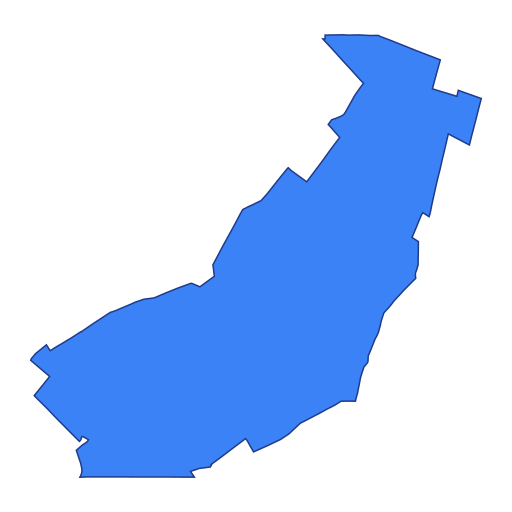 outline of Capleni, Satu Mare, Romania
{"feature_id": "2599482B91947019128255", "entity_name": "Capleni", "entity_type": "district", "adm_level": 2, "iso_a3": "ROU", "parent_name": "Romania", "parent_adm1": "Satu Mare", "projection": "mercator", "projection_center": [22.539, 47.735], "detail": "fine", "context": "isolated", "style": "filled", "palette": "blue", "viewbox_px": 512, "rotation_deg": 0, "n_neighbors": 0, "source": "geoboundaries", "source_scale": "gbopen_adm2", "svg_char_len": 3142}
<svg xmlns="http://www.w3.org/2000/svg" viewBox="0 0 512 512"><path d="M30.7,360.3L40.9,369.0L49.6,376.4L48.1,378.4L40.4,388.0L34.2,395.6L37.5,399.0L47.4,408.8L50.7,412.3L58.2,420.1L63.3,425.2L70.4,432.4L74.9,436.9L79.4,441.4L79.8,441.0L80.1,440.7L80.7,439.9L81.1,438.9L81.8,436.7L82.0,436.5L82.7,436.5L88.5,439.7L87.6,441.2L86.5,442.3L82.5,444.9L79.4,447.6L76.3,450.3L80.7,463.4L81.9,469.1L81.9,471.3L81.6,473.1L80.9,475.2L79.9,477.2L82.4,477.1L84.9,477.0L87.7,476.9L92.3,476.9L98.3,476.9L104.5,476.9L124.3,476.9L134.0,477.0L152.2,477.0L169.0,477.0L182.8,477.1L194.4,477.1L190.5,471.4L199.4,468.4L210.3,467.0L211.5,464.9L211.1,464.7L212.0,463.8L218.2,459.3L234.3,447.1L245.6,438.6L247.0,440.4L247.3,440.9L253.5,451.9L266.8,446.0L272.7,443.2L280.5,439.5L282.0,438.5L289.2,433.7L293.5,429.6L300.2,423.3L301.4,422.7L312.3,417.0L321.3,412.3L326.8,409.2L332.8,406.2L335.9,404.5L341.1,401.2L348.3,401.1L355.2,401.2L355.5,401.2L355.7,399.8L357.0,394.9L357.2,394.3L357.7,392.4L358.0,390.6L358.2,389.4L358.9,386.2L359.8,381.5L360.7,376.9L361.1,375.9L361.3,375.2L362.3,371.9L363.8,367.5L364.1,366.8L365.3,365.4L367.2,363.1L367.7,362.3L367.9,361.7L368.0,361.1L368.2,356.4L368.3,355.7L369.6,352.7L371.0,349.3L373.4,343.3L375.3,338.6L376.7,336.2L378.3,332.6L378.7,331.3L379.4,328.6L380.2,326.0L380.4,325.1L380.8,322.8L381.5,320.2L382.6,316.7L383.6,313.8L384.1,312.6L386.6,309.9L388.6,307.8L390.2,305.8L391.3,304.5L392.6,302.8L394.0,300.9L398.6,296.0L403.5,290.6L406.9,287.2L412.7,281.3L415.7,278.4L415.6,276.9L415.4,275.7L415.4,274.6L415.5,273.1L415.8,272.1L416.3,270.9L416.7,269.8L416.9,268.8L418.1,265.0L418.1,264.7L418.1,261.3L418.3,252.4L418.4,241.6L412.0,237.5L414.6,231.4L416.8,226.2L418.5,221.9L420.1,218.0L421.1,215.7L422.2,213.6L422.7,212.6L429.1,216.7L430.0,213.6L430.6,211.1L431.7,205.4L433.3,198.0L436.3,184.5L437.6,179.0L440.1,169.1L442.4,158.9L444.1,151.9L448.3,133.9L457.6,138.8L469.4,145.0L471.4,136.8L475.0,123.0L475.9,119.6L479.3,106.1L480.0,103.5L481.3,98.5L464.9,92.7L458.3,90.3L456.9,96.3L456.1,96.1L446.8,93.2L441.1,91.5L432.4,88.8L434.6,80.6L438.8,65.3L440.3,59.9L414.4,49.9L405.6,46.3L398.5,43.5L388.4,39.5L380.3,36.5L378.4,35.4L370.1,35.5L369.6,35.5L359.0,34.9L348.7,35.1L342.6,34.8L325.1,35.1L325.1,38.8L322.8,38.9L325.5,41.8L330.8,47.5L335.2,52.3L342.7,60.7L350.2,68.8L357.8,77.2L363.5,83.4L360.9,86.7L359.0,89.3L354.7,95.5L345.6,111.8L343.8,114.5L341.1,116.2L337.4,117.7L335.2,118.6L331.8,119.7L331.2,120.4L328.2,124.5L330.5,127.0L339.7,137.4L338.8,138.6L330.6,149.5L322.2,161.2L313.8,172.4L306.7,181.8L291.3,170.6L288.2,167.7L286.8,169.1L286.6,169.5L281.6,175.6L274.5,184.5L273.4,185.9L267.4,193.5L262.2,199.4L260.9,200.7L251.0,205.5L249.1,206.3L242.8,209.5L239.9,214.6L234.2,225.4L222.7,246.3L212.9,264.9L213.6,270.0L214.3,276.3L199.9,286.8L191.6,283.3L190.1,283.6L176.5,288.6L166.1,292.8L154.1,297.9L151.7,298.2L143.9,299.2L140.1,300.5L135.2,302.2L130.8,304.2L120.8,308.4L116.2,310.4L111.4,312.1L110.8,312.1L107.0,314.5L91.4,324.8L80.8,332.1L80.6,331.9L71.0,338.1L68.1,339.8L65.3,341.5L60.5,344.4L57.0,346.4L50.2,350.7L46.4,344.8L35.6,353.6L31.4,358.6L30.7,360.3Z" fill="#3b82f6" stroke="#1e3a8a" stroke-width="1.5"/></svg>